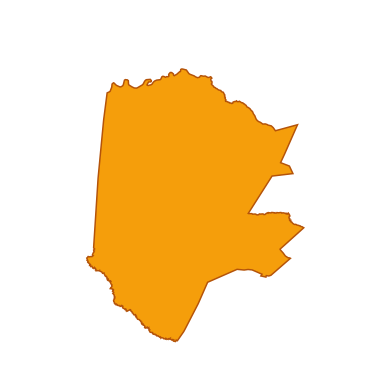 the district of Luanshya, Copperbelt, Zambia, rotated 67°
{"feature_id": "96606910B75415616642530", "entity_name": "Luanshya", "entity_type": "district", "adm_level": 2, "iso_a3": "ZMB", "parent_name": "Zambia", "parent_adm1": "Copperbelt", "projection": "natural_earth1", "projection_center": [28.455, -13.074], "detail": "fine", "context": "isolated", "style": "filled", "palette": "amber", "viewbox_px": 384, "rotation_deg": 67, "n_neighbors": 0, "source": "geoboundaries", "source_scale": "gbopen_adm2", "svg_char_len": 6020}
<svg xmlns="http://www.w3.org/2000/svg" viewBox="0 0 384 384"><g transform="rotate(67 192 192)"><path d="M86.0,144.6L82.9,147.8L81.8,148.6L77.5,149.5L75.2,152.5L74.7,153.5L74.8,154.5L76.4,155.4L76.6,155.8L76.4,156.2L77.7,160.1L78.0,162.9L77.4,163.3L76.0,163.0L74.9,163.6L74.1,164.0L73.5,165.3L74.2,166.9L74.8,167.6L76.2,168.0L76.5,168.4L76.5,169.1L75.9,170.2L76.0,171.6L74.7,172.7L74.1,173.6L74.1,174.2L74.3,174.9L75.7,176.3L76.2,177.4L75.2,180.8L75.2,182.8L75.8,184.7L77.1,186.7L77.3,187.7L76.9,190.7L76.3,191.5L75.7,191.5L74.2,189.6L73.8,188.9L74.5,187.0L74.4,186.4L73.4,185.9L72.0,186.4L70.8,190.1L70.9,191.0L71.5,192.3L73.5,194.7L74.0,195.8L74.7,201.3L74.7,202.5L73.6,204.6L71.6,206.3L68.9,208.2L68.0,208.3L64.6,207.1L63.5,207.7L62.5,209.5L62.7,210.5L66.4,213.3L67.2,214.4L67.4,216.3L67.1,217.3L64.3,219.9L61.2,221.2L60.8,221.7L61.4,223.4L64.1,224.9L67.3,228.0L67.5,228.7L67.6,231.4L91.0,245.1L142.3,272.9L205.0,304.4L206.4,303.9L207.0,305.3L207.8,305.3L208.2,305.0L208.6,305.7L209.0,305.8L209.1,306.3L210.9,308.2L211.6,308.4L212.0,308.0L212.4,309.3L211.7,310.9L211.7,311.6L210.8,312.8L211.0,313.2L211.4,313.6L211.7,314.7L213.6,314.7L213.8,315.3L215.1,314.7L215.7,315.4L216.3,315.3L216.6,314.8L217.3,314.8L218.9,313.9L219.1,314.7L219.6,315.0L220.0,314.2L221.1,314.3L221.2,313.2L223.3,313.0L223.5,312.3L223.9,312.2L223.4,311.5L223.9,311.5L224.3,310.8L224.7,310.7L225.0,311.0L225.7,310.7L226.2,311.3L226.7,310.9L227.1,311.0L227.1,310.2L227.6,309.6L228.0,308.6L228.0,307.7L228.6,307.9L230.4,306.3L231.9,306.1L232.2,304.7L232.7,304.9L234.4,304.7L235.1,304.8L236.0,304.4L236.0,303.9L236.3,303.7L236.8,303.9L237.5,303.6L238.5,304.1L239.1,303.3L239.4,303.7L239.5,303.4L239.8,303.2L240.4,304.0L240.7,303.8L240.8,303.4L241.7,303.0L241.7,302.0L242.0,301.7L242.8,301.6L243.2,302.6L244.4,302.4L245.0,302.5L246.0,302.0L246.9,302.5L247.3,302.4L248.0,303.0L248.3,304.1L249.0,305.0L250.2,303.1L251.0,303.2L251.1,302.5L251.5,302.5L252.2,303.3L252.4,303.9L253.8,303.3L254.4,304.4L254.8,304.0L255.5,304.3L256.5,303.8L257.4,304.3L258.2,304.0L258.6,304.6L259.2,304.3L259.9,304.9L259.8,305.3L260.6,305.7L260.9,306.4L261.3,306.6L262.2,306.8L263.2,306.5L263.8,306.9L264.8,306.4L265.1,306.5L265.3,305.8L265.9,306.0L266.0,305.2L266.6,304.8L266.9,305.1L267.8,304.2L268.3,302.9L269.2,302.9L269.5,302.0L269.1,301.1L269.6,301.1L269.9,300.8L269.9,300.4L270.5,300.4L271.1,301.0L271.5,301.0L272.1,300.8L272.8,300.1L273.6,299.7L273.7,298.7L274.1,298.6L274.5,299.2L274.9,298.8L275.9,298.9L275.7,298.4L276.4,298.0L276.2,296.6L276.3,296.0L276.0,295.2L276.3,294.6L277.8,294.7L279.0,294.0L279.9,294.2L280.5,293.7L282.0,293.6L282.5,293.3L282.7,292.0L283.0,291.9L283.7,291.9L283.8,292.4L284.1,292.5L284.7,292.3L284.9,291.8L285.7,292.3L285.9,292.0L287.8,291.8L289.1,290.2L289.8,290.2L290.6,289.6L290.9,289.8L291.9,289.6L292.2,289.2L293.1,289.8L293.4,289.8L293.5,289.4L294.0,289.6L294.3,289.0L294.7,289.3L294.9,289.1L294.9,288.6L295.6,288.8L295.8,288.4L296.7,287.9L297.6,288.0L297.6,288.6L297.7,288.3L298.2,288.6L298.5,288.5L298.6,287.7L299.0,287.8L299.0,286.1L299.5,286.3L299.5,285.7L300.2,285.6L300.1,285.1L300.4,285.3L300.5,285.0L301.2,284.9L302.1,285.6L302.5,285.5L302.6,285.0L303.1,285.5L304.8,285.3L305.9,283.3L306.3,283.6L307.3,283.4L307.3,283.1L307.8,283.1L308.4,282.2L308.3,281.7L309.0,281.6L309.5,280.8L310.1,280.9L310.7,280.6L310.7,280.1L311.3,279.3L311.6,279.4L311.8,279.1L312.9,278.5L312.9,277.9L313.4,278.0L313.8,277.4L314.3,277.6L314.1,276.9L315.2,275.6L316.2,275.2L316.5,274.3L316.4,273.5L317.1,273.7L317.2,272.9L317.9,272.7L317.9,270.7L318.5,270.8L318.3,269.6L318.6,269.9L319.1,269.6L319.8,268.5L320.1,268.5L320.2,267.7L320.6,267.9L320.8,267.2L321.0,267.6L322.0,267.3L322.4,266.8L322.4,266.2L323.1,265.9L322.7,264.7L322.3,264.4L322.9,264.2L323.2,263.6L317.3,254.2L315.8,252.3L297.2,229.9L281.2,212.9L280.8,180.7L284.2,174.5L285.2,170.7L287.2,167.1L295.0,159.7L296.2,161.4L299.2,157.2L298.0,156.3L299.3,154.1L299.5,151.9L291.5,127.3L290.9,127.8L290.0,129.3L287.3,131.1L283.8,131.9L280.0,133.2L279.0,133.3L268.6,103.1L266.9,104.3L266.4,105.2L265.5,105.6L265.3,106.1L264.6,106.6L263.5,108.2L262.3,109.1L262.1,110.0L261.3,110.9L259.8,111.7L258.7,111.9L258.4,112.5L257.2,112.3L257.1,112.8L256.5,113.1L256.3,112.6L256.0,113.1L255.6,113.0L255.4,112.7L254.9,112.8L254.9,112.5L254.7,112.4L253.5,112.8L252.3,111.9L252.4,111.3L252.2,111.2L251.8,111.4L251.2,111.2L249.8,111.4L249.5,111.8L249.0,111.7L249.1,112.3L249.6,112.2L249.7,112.6L249.4,113.0L248.5,113.4L248.3,113.8L248.7,114.0L247.4,115.3L246.7,116.4L246.5,117.6L245.6,118.1L244.8,120.9L244.1,121.8L244.3,122.6L243.9,123.8L243.4,123.8L243.3,124.7L242.9,124.9L242.2,126.1L242.2,126.7L241.9,126.9L242.0,127.6L241.7,128.3L240.7,129.9L240.7,130.4L241.1,130.5L240.7,131.0L240.7,131.9L241.2,133.5L240.9,134.6L240.3,134.8L239.7,135.7L239.1,137.6L238.6,138.3L238.6,138.9L238.9,139.4L238.7,140.6L237.9,141.7L237.3,141.9L236.7,143.1L236.1,144.9L235.3,145.3L234.0,148.3L233.7,148.6L208.6,112.1L214.5,91.9L206.2,92.2L199.6,99.0L193.2,91.9L171.3,68.6L168.2,91.3L164.5,92.1L162.1,93.2L160.0,96.0L159.3,96.4L158.0,97.9L157.1,100.3L154.6,101.8L153.4,103.0L151.8,104.0L149.7,104.5L146.3,104.4L144.2,104.9L141.6,104.9L141.3,105.2L140.4,105.3L140.0,105.7L138.0,106.1L136.3,107.1L135.3,108.1L133.2,108.4L132.7,108.9L131.5,109.3L131.1,109.9L130.3,110.1L129.5,110.8L129.4,111.2L128.8,111.7L127.0,112.9L127.0,113.9L126.5,115.1L125.5,115.4L125.7,116.5L125.4,117.3L125.3,118.7L125.3,119.1L126.2,119.9L126.1,120.8L125.3,121.4L125.1,122.2L124.4,122.5L124.3,122.9L123.7,123.1L123.2,123.9L122.4,124.4L121.7,125.6L120.8,125.4L120.5,124.8L118.8,125.0L118.2,124.5L117.3,124.8L117.0,124.4L116.0,124.4L115.6,123.9L113.8,124.2L112.5,124.2L111.1,125.7L109.9,125.8L108.3,127.8L106.4,128.8L106.0,129.5L104.9,129.9L103.9,130.9L103.3,130.8L100.7,131.9L100.1,131.9L99.6,131.0L98.0,130.5L97.7,130.9L97.3,131.0L95.8,130.8L95.1,130.2L95.0,129.3L94.3,129.3L93.2,129.8L93.2,131.4L92.8,132.6L90.4,134.5L89.9,136.2L88.4,138.3L88.4,138.8L89.3,140.3L88.9,142.3L87.3,143.8L86.0,144.6Z" fill="#f59e0b" stroke="#b45309" stroke-width="1.5"/></g></svg>